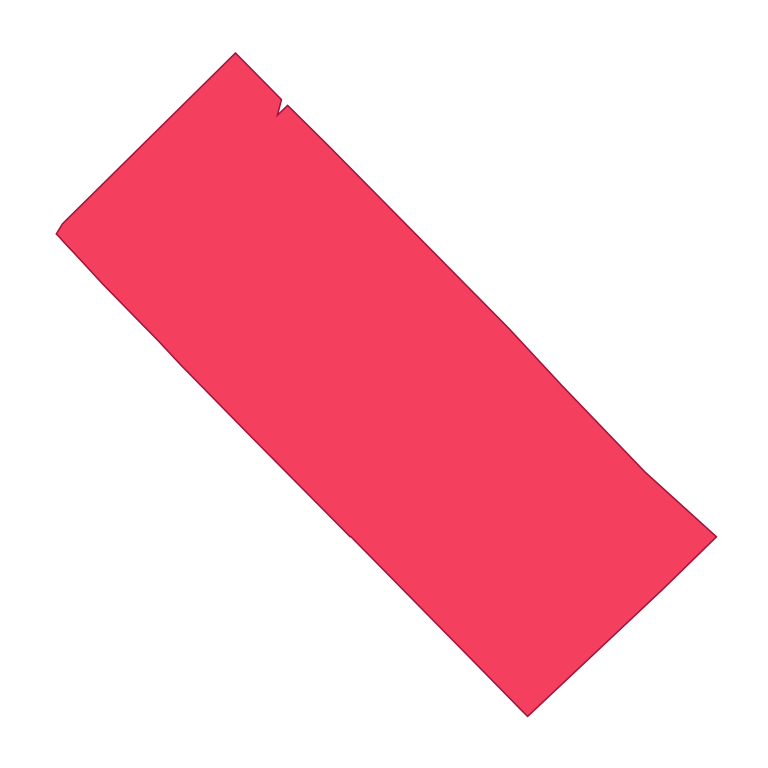 Geneva, Alabama, United States of America, rotated 46°
{"feature_id": "52423323B5863423777851", "entity_name": "Geneva", "entity_type": "district", "adm_level": 2, "iso_a3": "USA", "parent_name": "United States of America", "parent_adm1": "Alabama", "projection": "equal_earth", "projection_center": [-85.923, 31.096], "detail": "fine", "context": "isolated", "style": "filled", "palette": "rose", "viewbox_px": 768, "rotation_deg": 46, "n_neighbors": 0, "source": "geoboundaries", "source_scale": "gbopen_adm2", "svg_char_len": 522}
<svg xmlns="http://www.w3.org/2000/svg" viewBox="0 0 768 768"><g transform="rotate(46 384 384)"><path d="M42.7,260.9L45.4,503.9L48.4,515.5L55.1,515.5L60.0,515.8L66.0,515.9L71.9,515.9L116.2,516.9L174.8,516.6L178.4,516.5L195.2,516.4L195.3,516.4L230.3,517.0L331.7,516.2L470.3,514.5L470.6,513.9L634.9,512.4L713.1,511.8L713.5,511.8L722.9,511.6L725.3,326.1L724.9,251.0L628.5,257.4L508.4,257.1L430.3,255.6L172.7,258.5L116.6,259.8L116.6,273.9L108.2,260.2L42.7,260.9Z" fill="#f43f5e" stroke="#9f1239" stroke-width="1.5"/></g></svg>